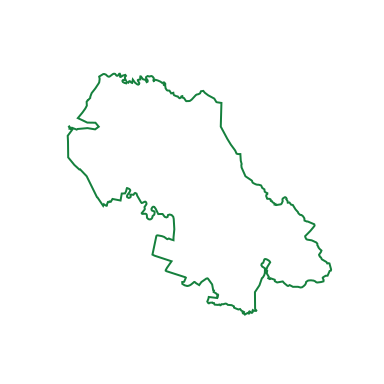 the district of Guachené, Cauca, Colombia, rotated 326°
{"feature_id": "7082276B47374862925181", "entity_name": "Guachené", "entity_type": "district", "adm_level": 2, "iso_a3": "COL", "parent_name": "Colombia", "parent_adm1": "Cauca", "projection": "mercator", "projection_center": [-76.391, 3.144], "detail": "fine", "context": "isolated", "style": "outline", "palette": "green", "viewbox_px": 384, "rotation_deg": 326, "n_neighbors": 0, "source": "geoboundaries", "source_scale": "gbopen_adm2", "svg_char_len": 6018}
<svg xmlns="http://www.w3.org/2000/svg" viewBox="0 0 384 384"><g transform="rotate(326 192 192)"><path d="M126.4,70.9L125.9,71.1L127.7,73.3L120.4,75.9L117.5,80.7L108.7,94.1L109.6,103.8L111.2,110.4L111.9,110.6L113.5,120.0L110.3,143.3L110.6,143.7L110.6,153.8L112.1,152.9L112.8,154.7L113.4,155.6L113.8,155.7L114.9,154.5L116.7,153.3L117.3,153.9L118.2,153.6L118.5,153.8L118.6,154.4L119.2,154.7L122.2,153.3L128.0,159.1L132.9,154.0L135.7,155.7L137.5,154.7L139.8,152.7L140.3,152.4L140.6,152.7L141.7,154.4L141.9,155.6L141.6,156.3L140.3,157.1L136.7,158.4L135.8,159.0L135.4,160.1L136.3,161.6L137.6,161.9L138.3,161.8L138.7,161.4L139.4,159.7L140.1,160.1L141.9,161.6L143.7,160.9L144.3,161.0L145.1,162.3L144.5,164.5L144.0,171.8L144.1,172.9L145.0,173.3L147.3,173.6L147.9,173.9L148.2,174.8L147.9,176.0L147.3,176.7L144.2,177.9L143.4,179.7L142.8,180.1L138.5,181.4L138.5,182.3L141.3,184.0L141.8,184.8L141.7,185.8L140.3,188.2L140.6,189.8L141.2,190.8L142.4,191.5L143.6,191.5L144.5,191.2L145.9,189.9L147.9,189.7L148.4,189.4L149.8,187.8L149.9,187.0L148.5,185.1L148.5,184.1L149.1,183.2L150.6,182.5L151.6,182.5L152.4,183.3L152.5,185.6L151.7,191.4L155.3,193.8L155.5,197.3L156.5,198.7L157.8,199.0L159.2,197.7L160.9,198.2L162.2,199.7L162.6,202.0L161.8,204.1L156.5,213.0L151.3,219.3L149.7,221.6L147.9,219.4L146.8,217.6L145.3,217.4L145.0,217.1L143.8,213.7L142.4,211.8L139.9,209.3L139.1,208.6L138.4,208.4L137.8,208.6L124.2,221.8L125.3,223.8L136.3,238.0L128.8,240.9L126.5,242.1L126.2,242.5L126.5,243.3L138.9,259.1L139.0,259.6L135.3,262.0L133.5,261.2L132.6,262.8L133.7,265.2L135.4,267.2L136.4,267.7L137.8,268.1L139.6,268.2L143.5,267.8L143.9,268.1L144.4,269.9L145.9,273.2L149.4,271.9L155.5,271.8L156.6,272.3L156.8,272.9L157.0,279.9L154.6,285.4L155.1,286.0L154.0,287.0L155.3,289.5L155.3,290.6L156.1,291.3L156.1,292.0L154.6,293.4L154.3,292.9L153.5,293.9L147.2,288.4L146.0,289.6L143.4,291.4L143.4,293.3L143.8,293.8L144.9,293.8L147.1,295.1L147.1,295.7L148.1,296.4L147.8,297.2L147.8,298.0L150.5,300.2L151.7,300.5L152.0,300.8L152.0,301.6L152.4,301.9L153.8,301.6L155.1,302.5L157.3,303.2L158.1,304.0L158.6,305.6L161.6,308.0L162.8,310.3L162.2,311.3L162.4,311.8L164.7,315.3L166.4,315.9L166.6,318.0L167.8,320.2L166.5,320.4L166.4,320.9L166.5,321.3L167.6,321.8L167.6,322.4L167.2,322.7L167.3,323.2L170.3,323.3L170.9,324.4L171.3,324.6L172.1,323.3L172.8,323.1L173.4,324.1L173.4,325.1L174.1,325.7L175.1,325.5L175.9,324.1L176.4,323.9L176.7,325.0L178.7,326.4L179.1,326.2L178.9,324.5L179.2,323.8L188.2,310.2L195.7,307.1L201.7,302.6L203.1,302.4L205.4,301.3L207.1,299.9L209.8,296.1L208.5,293.0L208.6,291.4L209.8,290.4L211.5,290.5L214.2,288.4L215.1,288.4L216.2,289.5L217.3,291.7L217.6,293.0L217.5,294.0L212.6,296.2L209.6,298.5L210.2,299.4L208.5,301.2L208.2,305.4L207.0,306.1L207.7,307.6L208.3,307.9L208.9,307.5L211.5,311.0L210.8,312.3L212.0,314.6L217.2,316.9L217.5,319.2L218.7,323.2L219.3,323.7L220.9,323.8L222.7,327.1L226.9,329.9L228.5,331.8L229.9,332.5L231.8,332.5L234.0,332.1L235.3,331.4L236.3,330.4L238.4,330.3L239.3,330.6L241.2,331.7L243.3,333.5L244.3,335.2L244.4,336.0L245.1,337.0L248.6,338.8L251.0,339.6L251.9,338.6L252.3,336.3L253.1,336.0L256.0,336.2L257.6,337.2L262.0,334.4L263.2,334.8L264.0,334.0L266.0,328.1L265.3,327.3L264.2,326.9L264.3,325.2L262.0,320.4L262.3,318.4L261.9,317.7L262.1,316.6L261.9,316.0L262.3,315.0L265.4,313.8L266.6,312.9L266.0,310.7L265.8,308.6L266.2,307.8L266.1,306.4L267.0,304.9L266.8,303.3L264.2,299.0L260.8,295.8L260.4,294.6L260.7,292.8L261.1,291.9L268.5,290.4L274.3,288.7L274.9,288.3L275.3,287.1L271.4,281.1L270.7,280.7L269.3,278.6L270.4,276.7L270.5,274.3L269.9,272.3L268.9,271.5L268.3,269.2L268.6,267.9L268.1,264.3L268.3,259.1L267.1,258.0L266.9,255.2L265.4,254.4L266.2,252.7L266.1,250.8L266.7,250.5L266.8,249.4L266.5,248.6L265.9,248.2L263.5,248.2L262.6,249.0L262.1,250.3L259.9,251.7L258.8,251.9L254.5,249.9L254.2,249.6L254.5,248.8L253.4,248.5L253.9,247.3L253.0,245.5L253.2,244.4L252.4,243.6L252.4,243.1L253.0,242.3L252.9,241.8L252.3,240.9L250.6,239.7L250.6,239.2L250.9,238.6L251.0,237.4L251.5,236.5L252.1,236.0L253.3,235.8L253.8,235.1L252.8,233.4L252.5,232.3L253.5,230.3L252.5,227.8L252.9,226.0L252.9,225.1L251.4,223.3L250.0,222.3L249.1,221.2L247.8,218.9L247.5,217.9L248.0,216.3L247.8,215.5L245.1,208.9L246.8,199.4L248.0,197.2L248.8,196.6L249.9,193.4L253.3,187.6L251.4,186.3L250.4,185.1L251.0,181.7L250.7,174.5L251.0,167.7L252.4,153.9L266.2,134.6L262.9,131.6L262.5,130.9L262.7,127.0L259.5,120.9L258.1,116.8L257.9,114.5L255.8,113.5L253.8,114.7L252.0,114.5L250.6,113.9L249.4,113.8L243.5,115.2L241.5,115.3L240.7,115.1L238.1,113.5L237.9,113.0L237.9,109.7L237.0,108.5L237.6,107.1L236.7,106.8L235.4,107.5L234.3,107.4L233.8,106.5L233.6,104.8L232.8,104.1L231.3,101.8L231.3,100.8L232.0,99.3L229.9,98.6L230.0,95.4L228.4,94.1L228.1,93.4L228.1,91.3L229.3,88.8L228.5,87.7L228.5,87.3L229.1,87.1L229.6,87.7L230.1,87.7L230.4,87.2L230.2,85.6L229.8,85.3L228.3,85.0L227.6,83.0L226.0,80.4L224.5,78.6L224.0,78.2L222.7,78.8L222.3,78.7L222.4,77.9L223.8,76.5L224.0,76.0L223.8,74.1L223.1,73.1L221.2,72.4L220.1,71.1L218.4,71.0L217.8,71.5L217.5,72.2L217.7,74.3L217.4,75.2L216.8,75.7L215.9,75.6L216.1,73.0L214.4,71.1L214.3,67.7L213.9,67.3L213.3,67.8L212.1,69.8L210.2,68.9L209.7,68.9L209.4,69.4L209.2,72.3L208.3,73.0L207.4,72.9L206.8,72.1L205.9,69.4L205.8,65.7L203.4,68.1L202.9,67.5L202.4,65.3L201.4,65.1L200.7,65.7L200.3,65.8L199.4,64.2L198.2,65.1L197.1,63.9L196.2,62.2L196.4,61.0L197.3,60.6L198.5,61.2L199.6,62.4L200.0,60.0L201.0,59.1L202.2,58.8L202.2,57.6L199.8,56.8L197.5,56.8L196.9,56.5L196.9,56.1L198.1,54.8L198.3,53.6L197.8,53.3L195.8,54.0L194.9,53.8L194.5,53.3L194.3,51.1L193.5,50.3L192.3,50.0L188.5,50.2L187.6,50.0L186.8,48.9L186.2,46.4L185.1,45.0L184.3,44.6L179.6,44.4L178.7,46.6L176.5,49.1L175.5,49.7L169.7,52.1L164.1,53.9L161.0,56.1L160.2,57.1L156.9,57.8L156.8,57.6L155.1,58.3L153.1,61.6L150.3,63.1L145.8,64.8L138.7,66.9L144.0,75.9L150.7,80.6L151.2,85.7L146.7,85.9L141.1,80.6L132.4,75.8L131.3,75.8L128.4,71.6L127.5,71.8L126.4,70.9ZM126.4,70.9L126.5,70.9L127.0,70.8L126.9,69.0L126.4,69.1L126.4,70.9Z" fill="none" stroke="#15803d" stroke-width="2"/></g></svg>